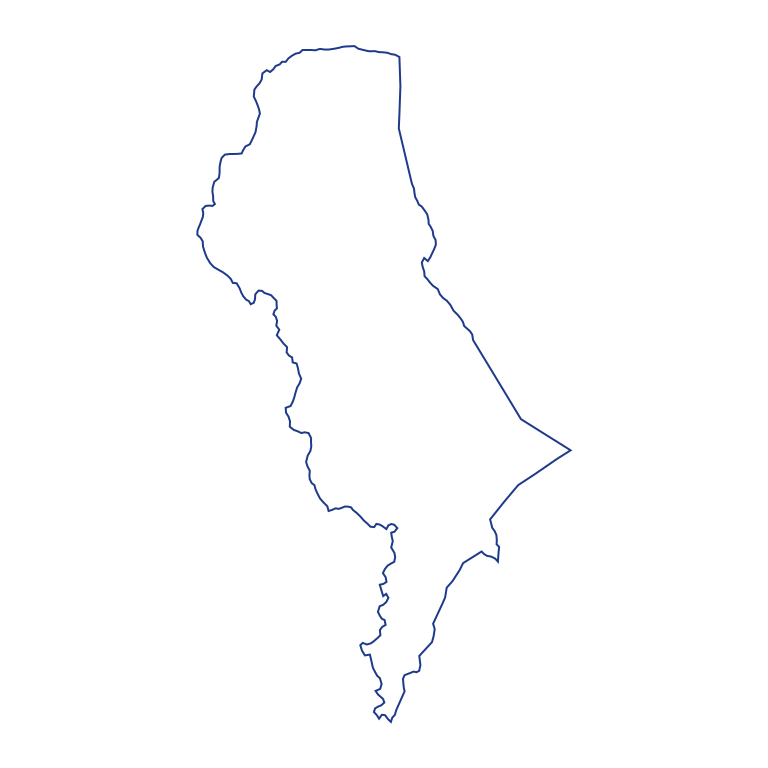 Tobias Barreto, Sergipe, Brazil (Equal Earth projection)
{"feature_id": "56859067B30492682162083", "entity_name": "Tobias Barreto", "entity_type": "district", "adm_level": 2, "iso_a3": "BRA", "parent_name": "Brazil", "parent_adm1": "Sergipe", "projection": "equal_earth", "projection_center": [-38.026, -11.081], "detail": "fine", "context": "isolated", "style": "outline", "palette": "blue", "viewbox_px": 768, "rotation_deg": 0, "n_neighbors": 0, "source": "geoboundaries", "source_scale": "gbopen_adm2", "svg_char_len": 4212}
<svg xmlns="http://www.w3.org/2000/svg" viewBox="0 0 768 768"><path d="M570.6,450.3L521.0,419.2L505.1,392.9L498.7,382.3L473.1,340.1L472.2,334.5L469.7,330.9L466.8,328.4L464.2,326.0L462.9,321.9L460.7,318.5L457.5,314.6L453.6,310.8L450.3,304.8L446.8,300.7L443.1,298.0L439.9,294.3L437.8,289.1L433.1,285.9L430.1,282.7L427.2,278.9L424.6,276.3L424.2,271.4L422.6,266.7L421.8,262.5L424.2,258.0L427.8,261.1L430.3,257.2L432.1,253.4L434.1,249.2L435.9,244.6L435.6,240.0L433.4,235.9L432.7,230.9L430.6,226.7L428.7,223.9L428.5,219.9L427.2,214.3L424.3,210.0L421.7,206.5L418.8,204.6L417.3,200.9L415.2,197.2L414.5,193.2L414.0,188.6L412.2,184.5L411.2,180.8L398.8,128.4L399.4,114.5L400.4,86.2L399.4,57.0L395.1,54.7L391.4,54.2L387.4,52.8L383.2,52.3L378.9,52.1L374.7,51.1L371.3,51.3L368.1,51.1L363.5,50.0L358.3,48.7L354.5,46.1L350.1,46.3L345.5,46.5L342.2,46.9L339.4,47.7L336.5,48.3L333.3,48.9L328.9,49.5L324.3,49.5L320.0,48.9L315.3,50.3L310.8,50.0L305.6,50.0L302.5,50.0L299.6,52.8L295.5,53.7L291.7,55.9L288.5,58.3L285.7,61.8L282.0,61.8L279.7,64.4L275.6,66.0L273.2,69.4L270.1,72.0L266.7,70.2L262.4,73.4L261.7,79.4L259.6,83.2L256.6,86.5L254.4,89.6L253.8,96.7L255.7,100.5L257.4,104.7L259.1,109.5L259.9,113.7L258.4,117.7L256.9,121.9L256.6,126.2L255.5,132.2L252.7,138.4L249.8,144.3L245.5,146.4L243.3,149.9L241.6,153.5L236.9,153.9L232.9,154.0L229.7,154.0L224.9,154.6L221.7,157.8L220.5,161.9L219.6,166.9L219.6,172.7L218.9,178.0L214.3,181.8L212.7,187.4L212.4,191.6L213.1,196.0L213.2,200.9L214.9,204.1L212.5,205.9L209.4,205.6L205.7,205.9L202.4,209.1L203.3,213.4L202.8,217.1L201.4,220.7L200.1,224.2L198.6,227.7L197.4,231.1L197.4,234.9L200.5,237.7L202.7,241.3L203.0,246.5L204.6,251.8L206.8,257.6L210.3,263.3L213.7,267.0L218.0,269.5L223.0,272.3L227.6,275.7L230.9,279.1L232.8,282.9L236.7,283.3L239.6,288.3L241.4,292.8L243.2,296.2L246.1,299.6L249.0,301.2L250.7,304.2L253.7,302.8L255.0,299.3L255.3,294.3L258.5,290.6L262.1,290.9L264.5,293.0L268.0,294.1L271.2,295.3L273.7,298.0L276.5,300.8L276.6,304.5L276.9,308.4L274.6,310.7L273.4,314.3L275.8,316.8L277.1,320.9L276.3,325.7L279.3,329.7L276.8,335.3L280.1,339.1L283.3,343.3L287.1,347.2L286.6,352.4L288.9,355.5L292.1,357.4L292.7,362.4L296.6,363.5L298.0,368.4L298.9,373.4L301.2,378.8L299.6,383.3L297.1,387.5L295.4,393.1L294.2,397.6L292.9,401.4L290.6,406.0L285.7,407.8L286.0,412.6L288.5,416.6L290.0,421.2L289.8,426.7L293.8,429.9L297.7,431.3L301.3,433.0L304.9,432.3L308.6,433.1L311.1,438.1L311.0,441.9L311.3,446.2L310.4,450.9L307.7,455.6L306.1,462.0L307.5,466.4L309.8,470.8L309.4,475.6L309.8,479.4L311.8,483.2L314.4,485.1L315.6,489.5L317.6,493.9L320.1,498.6L323.8,502.8L327.3,506.2L328.6,511.0L332.3,509.8L335.7,508.3L338.7,508.9L341.9,507.8L344.6,506.6L348.0,506.6L351.1,507.4L353.0,510.0L356.9,513.1L361.0,517.2L364.0,520.7L367.4,523.6L370.4,526.7L374.2,527.1L376.4,523.9L379.8,524.6L382.8,526.4L386.4,529.1L388.4,525.3L391.4,524.0L394.3,524.8L397.3,528.1L394.4,531.8L391.2,532.7L391.7,536.4L392.8,541.1L391.2,547.5L394.4,552.9L395.2,557.1L394.2,561.8L390.9,563.6L387.7,565.6L384.9,569.0L382.9,573.1L385.7,577.3L386.5,581.9L383.4,583.9L379.8,584.7L381.4,590.3L383.2,596.1L386.2,593.9L388.4,597.8L386.3,602.0L383.2,604.8L379.7,606.2L377.9,611.9L379.9,615.8L381.9,618.8L384.6,620.0L385.6,624.9L382.1,627.0L379.9,630.1L380.4,635.2L377.2,638.3L373.7,641.3L371.0,643.3L366.9,644.5L362.8,642.9L360.3,645.2L362.0,650.7L364.9,655.4L369.9,654.6L371.1,659.6L372.0,663.8L373.0,668.0L375.4,672.6L377.3,675.9L379.9,678.2L381.6,683.9L380.2,688.9L375.6,690.9L377.9,694.4L380.1,696.3L383.1,699.0L384.3,702.6L381.1,705.4L377.7,706.8L375.1,708.4L373.9,712.0L376.7,715.0L379.1,718.7L381.8,714.8L385.1,715.2L388.0,719.1L390.9,721.9L392.2,717.8L394.9,714.8L396.2,710.2L404.6,691.3L403.8,687.7L403.4,683.9L403.0,678.9L404.5,675.2L409.4,673.3L413.5,671.6L416.6,672.2L419.2,670.8L420.4,665.2L419.3,655.9L432.0,642.1L433.7,635.8L434.7,629.1L433.1,623.7L442.6,603.3L445.1,597.5L446.7,587.7L452.6,581.0L459.7,570.0L463.1,563.1L481.6,551.5L484.0,554.0L486.9,555.8L491.2,556.6L495.2,558.6L497.9,561.6L498.2,557.6L498.6,551.9L499.1,546.9L496.6,544.3L496.8,540.3L496.4,535.1L494.7,531.2L492.2,527.7L491.1,523.2L490.1,519.4L504.0,502.0L518.2,485.1L535.4,473.8L557.0,458.9L570.6,450.3Z" fill="none" stroke="#1e3a8a" stroke-width="2"/></svg>